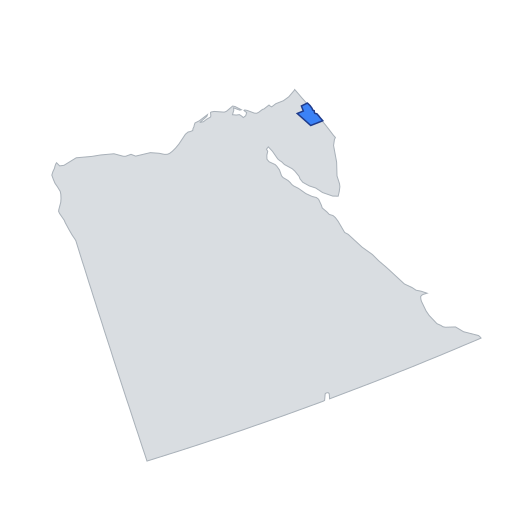 Qasima, Shamal Sina', Egypt (highlighted), rotated 338°
{"feature_id": "37247803B24800496222401", "entity_name": "Qasima", "entity_type": "district", "adm_level": 2, "iso_a3": "EGY", "parent_name": "Egypt", "parent_adm1": "Shamal Sina'", "projection": "orthographic", "projection_center": [34.453, 30.447], "detail": "fine", "context": "in_parent", "style": "filled", "palette": "blue", "viewbox_px": 512, "rotation_deg": 338, "n_neighbors": 0, "source": "geoboundaries", "source_scale": "gbopen_adm2", "svg_char_len": 3464}
<svg xmlns="http://www.w3.org/2000/svg" viewBox="0 0 512 512"><g transform="rotate(338 256 256)"><path d="M433.9,416.4L424.0,416.6L414.2,416.7L404.3,416.9L394.5,417.0L384.6,417.1L374.8,417.1L364.9,417.2L355.1,417.2L345.2,417.1L335.4,417.1L325.5,417.0L315.7,416.9L305.8,416.7L296.0,416.5L286.1,416.3L276.3,416.1L270.7,416.0L271.7,413.1L272.3,411.1L271.7,409.7L269.8,409.3L268.5,409.7L265.5,415.6L263.9,415.8L260.4,415.7L249.0,415.3L237.5,414.9L226.1,414.5L214.7,414.0L203.2,413.5L191.8,412.9L180.4,412.4L169.0,411.7L157.6,411.1L146.2,410.3L134.9,409.6L123.5,408.8L112.1,408.0L100.8,407.1L89.5,406.2L78.1,405.3L78.6,398.1L79.0,390.9L79.5,383.7L80.0,376.6L80.4,369.4L80.9,362.2L81.4,355.0L81.9,347.8L82.3,340.6L82.8,333.4L83.3,326.1L83.8,318.9L84.3,311.7L84.8,304.5L85.3,297.3L85.9,290.1L86.4,282.8L86.9,275.6L87.4,268.4L88.0,261.1L88.5,253.9L89.0,246.7L89.6,239.4L90.1,232.2L90.7,225.0L91.2,217.7L91.8,210.5L92.4,203.2L92.9,196.0L93.5,188.7L94.1,181.5L94.7,174.3L94.5,172.9L93.4,167.8L92.5,161.5L91.6,153.6L91.6,151.1L89.8,143.0L89.7,140.7L90.5,139.2L95.2,132.9L96.7,129.7L98.1,125.9L98.7,122.8L97.9,117.8L96.9,113.4L96.8,108.9L97.0,104.5L99.3,101.7L102.1,99.1L103.2,97.5L104.8,95.7L106.0,94.8L107.7,98.9L111.9,100.0L126.1,97.6L141.2,102.2L149.7,104.1L162.6,108.0L170.3,113.8L172.4,114.7L178.2,114.9L181.8,118.3L196.8,120.6L204.7,124.5L209.2,127.5L211.9,128.5L214.3,128.5L217.6,127.6L221.9,125.8L226.5,123.3L236.1,116.7L239.5,115.6L241.6,116.0L244.3,116.0L245.4,114.2L246.9,112.9L247.8,111.5L249.3,109.8L254.1,109.4L264.0,106.7L262.8,108.1L253.9,111.2L257.6,111.8L261.6,110.7L266.0,110.1L266.8,108.7L267.5,106.0L268.4,105.7L271.4,106.3L280.4,110.7L282.7,110.8L289.1,108.7L290.5,108.2L292.6,109.6L297.2,114.9L295.6,114.7L290.6,110.2L290.1,112.4L287.1,116.2L290.7,118.0L293.6,118.7L295.1,120.9L296.1,122.9L299.0,122.1L301.1,119.5L300.1,118.0L299.4,116.5L300.3,116.4L302.3,117.7L308.0,122.9L310.0,123.9L312.2,123.8L317.0,122.5L318.3,122.7L324.6,120.9L325.3,122.3L326.4,123.6L331.5,122.2L339.5,122.3L346.0,120.7L353.6,116.7L354.2,116.1L354.6,117.1L355.5,119.8L357.8,126.7L359.8,132.2L362.3,139.7L363.1,142.5L363.4,144.5L367.0,152.8L369.2,159.5L370.8,165.0L373.0,173.1L374.0,175.9L372.4,177.3L369.3,182.6L365.9,199.2L361.1,212.1L360.5,220.3L359.7,223.2L357.4,227.3L354.6,231.3L349.6,229.2L341.5,222.1L336.8,215.3L331.7,211.0L327.0,205.2L325.7,201.0L325.8,198.3L323.8,191.8L322.3,188.7L316.6,181.8L315.0,178.1L313.7,176.4L312.5,174.1L310.5,165.1L308.3,159.4L305.7,160.9L306.1,163.3L303.8,166.6L302.4,170.4L303.4,173.5L308.0,178.4L308.9,180.5L310.0,185.0L309.7,191.2L310.4,193.3L313.9,197.9L315.2,200.6L315.9,203.0L317.1,205.1L320.6,209.1L325.6,216.8L330.4,221.9L333.9,224.4L335.3,226.9L335.6,233.3L335.4,236.3L338.4,242.0L339.5,244.9L342.5,247.3L343.9,250.0L345.1,254.4L347.0,267.4L349.6,270.5L357.7,287.6L364.5,298.3L367.9,306.3L373.0,316.1L383.1,337.5L389.1,344.0L391.6,347.7L395.9,350.5L400.7,354.6L396.2,354.2L395.0,354.5L393.5,355.2L392.7,357.7L392.4,359.8L393.1,370.6L394.3,376.1L398.4,386.5L401.4,389.6L402.8,391.6L404.9,393.0L414.4,396.5L420.0,403.9L432.6,413.2L433.8,415.8L433.9,416.4Z" fill="#d9dde1" stroke="#a8b0b8" stroke-width="1"/><path d="M352.4,149.0L355.6,155.5L368.6,155.6L368.2,154.4L367.2,151.6L366.8,150.0L366.1,148.0L365.7,146.9L364.1,145.9L364.0,145.6L363.9,144.8L364.4,143.1L363.2,141.8L363.3,140.1L362.5,136.9L361.4,134.4L360.9,133.4L354.3,133.9L354.2,139.3L347.6,139.3L352.4,149.0Z" fill="#3b82f6" stroke="#1e3a8a" stroke-width="1.5"/></g></svg>